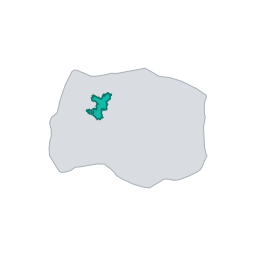 Kubake, Maseru, Lesotho (highlighted), rotated 48°
{"feature_id": "5366337B67565393962303", "entity_name": "Kubake", "entity_type": "district", "adm_level": 2, "iso_a3": "LSO", "parent_name": "Lesotho", "parent_adm1": "Maseru", "projection": "orthographic", "projection_center": [27.695, -29.673], "detail": "fine", "context": "in_parent", "style": "filled", "palette": "teal", "viewbox_px": 256, "rotation_deg": 48, "n_neighbors": 0, "source": "geoboundaries", "source_scale": "gbopen_adm2", "svg_char_len": 5641}
<svg xmlns="http://www.w3.org/2000/svg" viewBox="0 0 256 256"><g transform="rotate(48 128 128)"><path d="M162.4,166.3L156.3,168.2L155.4,168.4L151.6,167.9L146.4,168.3L142.3,169.3L139.1,169.7L133.9,175.2L124.5,190.1L122.0,193.2L121.3,199.0L119.1,203.6L116.4,207.3L113.8,208.1L106.0,206.7L96.1,204.8L90.3,200.3L85.1,194.4L82.4,190.1L79.5,187.7L78.5,186.4L74.5,184.5L72.9,183.4L71.6,182.7L69.9,179.8L68.9,177.4L69.3,170.5L66.4,166.3L61.5,159.3L58.3,153.6L54.0,145.7L51.4,139.0L48.6,132.0L49.0,129.0L51.6,127.0L59.1,123.4L65.0,120.7L69.2,115.7L73.8,108.3L76.1,103.8L78.3,101.7L80.8,98.6L85.0,91.6L89.8,83.9L94.9,75.5L101.4,73.1L110.2,70.4L118.8,63.1L128.9,57.0L145.3,50.5L152.9,48.8L155.8,47.9L157.7,49.2L159.6,53.0L162.3,56.2L168.7,61.8L171.4,63.2L178.0,71.4L185.0,77.1L193.1,83.7L198.7,87.0L201.5,87.9L203.8,93.7L206.1,98.0L207.4,102.0L207.0,105.9L204.3,115.4L200.4,125.1L197.4,129.1L193.7,131.6L190.1,135.4L188.6,143.2L186.9,152.3L182.2,156.1L178.5,158.5L173.5,161.5L162.4,166.3Z" fill="#d9dde1" stroke="#a8b0b8" stroke-width="1"/><path d="M102.3,143.4L102.7,143.0L103.0,143.1L103.1,142.9L102.9,142.5L102.9,142.4L102.8,141.9L102.5,141.7L102.4,141.5L102.4,141.4L102.6,141.1L102.8,141.0L102.9,140.9L103.1,140.8L103.4,139.7L103.0,139.7L102.8,139.7L102.6,139.5L102.2,139.4L101.6,139.2L101.3,139.0L100.9,138.8L100.9,138.6L100.6,138.6L100.0,138.3L99.9,138.2L99.6,138.1L99.4,138.0L99.2,137.8L98.4,137.3L98.2,137.0L98.0,136.3L97.6,136.0L97.4,135.4L97.2,135.4L96.9,135.5L96.7,135.6L96.4,135.4L96.4,135.2L96.5,135.0L96.9,135.1L96.7,134.6L96.8,134.6L97.0,134.4L97.3,134.4L97.4,134.2L97.1,133.9L97.3,133.7L97.5,133.7L97.5,134.0L98.0,133.9L98.1,133.7L98.3,133.7L98.5,133.9L98.6,133.7L98.2,133.3L98.2,133.0L98.3,132.9L98.7,132.9L98.7,133.3L98.9,133.3L99.1,132.9L99.2,132.7L99.4,132.3L99.4,132.1L99.4,131.9L99.5,131.9L99.6,132.2L99.7,132.3L99.8,132.2L99.6,131.8L99.7,131.6L99.6,131.4L99.8,131.3L99.8,131.1L99.3,130.8L99.0,130.6L98.7,130.6L98.2,130.3L97.9,129.8L97.7,129.7L97.4,129.1L96.8,128.4L96.7,128.0L96.4,127.9L96.3,127.7L96.6,127.6L96.8,127.6L96.7,127.4L96.4,127.4L96.3,127.2L96.1,127.2L95.7,127.5L95.6,127.4L95.4,127.3L95.0,127.3L94.7,126.9L94.3,126.9L94.0,126.7L94.0,126.4L94.3,126.1L94.1,125.6L94.1,125.3L94.2,125.0L94.3,124.6L94.2,123.5L94.3,123.4L94.2,122.9L94.3,122.4L94.5,122.2L94.4,121.8L94.1,121.3L93.4,120.8L93.1,120.7L92.8,120.5L92.7,120.2L92.5,119.9L92.3,119.9L92.4,119.5L92.4,118.9L92.4,118.4L92.2,118.1L91.7,117.9L91.6,118.2L91.1,118.7L91.0,118.8L91.1,119.0L90.9,119.0L90.7,119.1L90.5,118.9L90.4,118.9L90.4,119.1L90.1,119.2L89.9,119.1L89.7,119.4L89.7,119.5L89.1,119.3L88.8,119.4L88.9,119.5L88.4,119.4L88.3,119.6L88.3,119.9L88.3,120.3L88.5,120.9L88.2,120.9L87.9,121.8L87.6,122.3L87.6,122.6L87.7,123.0L87.8,123.1L87.7,123.4L87.9,123.4L88.0,123.3L88.3,123.3L88.0,123.8L88.3,123.9L88.4,124.1L88.5,124.1L88.4,124.4L88.2,124.4L87.9,124.1L87.4,123.9L87.1,123.3L86.9,123.3L86.7,123.5L86.9,123.8L86.8,124.0L86.7,124.4L87.0,124.9L87.0,125.3L87.3,125.5L87.4,125.8L87.8,125.9L87.9,126.2L87.8,126.5L87.9,126.8L88.3,127.3L88.5,127.6L88.7,128.1L88.5,128.5L88.0,128.8L87.7,128.8L87.6,129.0L87.4,129.1L87.2,129.1L86.8,129.2L86.8,129.3L86.5,129.3L86.5,129.5L86.4,129.5L86.2,129.7L86.1,129.8L85.8,129.7L85.7,129.6L85.7,129.4L85.4,129.3L85.2,129.5L85.1,130.2L84.9,130.3L84.7,130.4L84.6,130.6L84.4,130.6L83.9,130.7L83.4,130.6L82.9,131.0L82.3,130.9L81.9,131.0L82.0,131.4L81.8,131.5L81.7,131.6L81.8,131.7L81.9,131.9L81.9,132.2L81.4,132.1L81.2,131.9L81.0,132.1L80.6,132.0L80.9,132.4L80.9,132.5L80.7,132.7L80.8,132.7L81.0,132.8L80.9,133.1L81.2,133.3L81.4,133.3L81.6,133.5L81.7,133.8L81.4,133.8L81.1,134.1L81.4,134.4L81.8,134.4L81.7,134.7L81.8,134.9L81.7,135.0L81.9,135.0L82.0,135.4L82.6,135.6L82.7,135.9L82.8,135.9L83.0,135.9L83.2,136.1L83.3,136.0L83.7,136.1L83.9,136.1L84.0,136.1L84.3,136.0L84.4,135.9L84.6,135.8L84.8,135.8L85.0,135.1L85.3,135.0L85.5,134.7L85.9,134.3L86.3,134.4L86.5,134.3L87.6,134.1L87.8,134.1L88.5,134.6L89.0,134.4L89.4,134.3L89.8,134.2L90.2,134.1L90.0,134.7L89.9,135.0L90.0,135.2L90.0,135.3L89.8,135.6L90.4,136.3L90.3,136.5L90.3,136.9L90.6,137.0L90.9,137.1L91.0,136.9L91.0,137.0L91.6,137.4L92.0,137.7L92.3,137.9L92.4,138.6L92.7,138.7L92.8,138.8L93.2,139.2L93.0,139.3L92.8,139.2L92.7,139.0L92.4,139.7L92.1,139.8L92.0,139.6L91.9,139.6L92.1,140.1L91.9,140.3L91.4,140.4L91.4,140.1L91.5,139.9L91.3,139.7L91.0,139.7L90.9,140.1L90.7,140.4L90.7,140.6L90.7,140.8L90.5,141.1L90.4,141.2L90.8,141.7L90.8,141.9L91.3,141.9L91.8,142.1L92.6,142.7L93.6,143.1L93.7,143.6L93.8,143.8L93.5,144.4L93.1,144.7L92.7,144.7L92.1,144.5L91.8,144.3L91.7,144.1L91.4,143.8L90.9,143.8L90.7,143.9L90.6,143.7L90.2,143.6L90.0,143.3L89.9,143.4L89.7,143.7L89.8,144.3L89.7,144.5L89.0,144.7L88.4,144.4L88.2,144.4L88.2,144.6L88.5,145.0L88.8,145.3L88.8,145.9L88.6,146.1L88.2,146.0L88.1,145.7L87.8,145.6L87.6,145.6L87.4,146.1L87.4,146.4L87.2,146.6L87.4,146.9L87.3,147.2L87.6,147.3L87.8,147.2L87.9,147.3L88.0,147.2L88.3,147.1L88.6,147.1L89.0,146.8L89.1,147.0L89.3,147.2L89.5,147.0L89.8,147.2L89.9,146.9L90.2,147.0L90.2,146.9L90.7,146.8L90.8,146.6L90.9,146.9L91.1,147.1L91.4,146.7L91.6,146.8L91.9,146.7L92.0,146.8L92.2,146.5L92.2,146.4L92.4,146.3L92.5,146.3L92.7,146.1L92.8,146.1L93.0,146.0L93.1,145.9L93.4,145.8L93.5,145.8L93.9,145.8L94.1,145.6L94.4,145.6L94.6,145.4L94.8,145.3L95.0,145.3L95.4,145.3L95.6,145.3L95.8,145.2L96.2,145.2L96.3,144.9L96.9,144.9L97.0,144.9L97.3,144.8L97.8,144.8L97.9,144.7L98.3,145.0L98.9,145.0L99.0,145.0L99.4,145.0L99.5,145.1L100.5,145.1L101.0,145.2L101.0,144.9L100.8,144.7L100.6,144.5L100.6,144.3L100.7,144.2L101.2,143.8L101.3,143.6L101.5,143.5L101.7,143.4L101.9,143.5L102.1,143.4L102.3,143.4Z" fill="#14b8a6" stroke="#0f766e" stroke-width="1.5"/></g></svg>